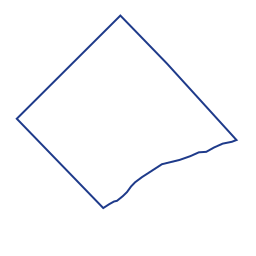 the district of Manistee, Michigan, United States of America, rotated 225°
{"feature_id": "52423323B69825151981471", "entity_name": "Manistee", "entity_type": "district", "adm_level": 2, "iso_a3": "USA", "parent_name": "United States of America", "parent_adm1": "Michigan", "projection": "albers", "projection_center": [-86.216, 44.341], "detail": "fine", "context": "isolated", "style": "outline", "palette": "blue", "viewbox_px": 256, "rotation_deg": 225, "n_neighbors": 0, "source": "geoboundaries", "source_scale": "gbopen_adm2", "svg_char_len": 402}
<svg xmlns="http://www.w3.org/2000/svg" viewBox="0 0 256 256"><g transform="rotate(225 128 128)"><path d="M213.2,55.9L88.9,53.9L87.4,60.9L85.9,66.2L84.3,68.7L83.5,76.1L83.4,81.9L84.5,88.9L84.6,94.7L83.4,103.1L78.4,126.4L68.9,142.0L64.1,152.0L60.7,160.9L55.8,166.5L53.4,175.0L50.0,183.9L44.8,191.7L42.8,196.2L146.0,201.1L212.9,202.1L213.2,55.9Z" fill="none" stroke="#1e3a8a" stroke-width="2"/></g></svg>